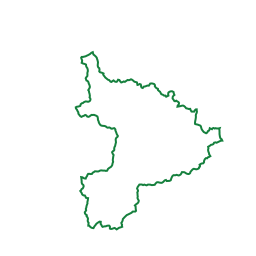 outline of Ouro Preto, Minas Gerais, Brazil, rotated 62°
{"feature_id": "56859067B58463943509301", "entity_name": "Ouro Preto", "entity_type": "district", "adm_level": 2, "iso_a3": "BRA", "parent_name": "Brazil", "parent_adm1": "Minas Gerais", "projection": "albers", "projection_center": [-43.625, -20.396], "detail": "fine", "context": "isolated", "style": "outline", "palette": "green", "viewbox_px": 256, "rotation_deg": 62, "n_neighbors": 0, "source": "geoboundaries", "source_scale": "gbopen_adm2", "svg_char_len": 5872}
<svg xmlns="http://www.w3.org/2000/svg" viewBox="0 0 256 256"><g transform="rotate(62 128 128)"><path d="M48.7,138.3L49.9,137.5L51.1,136.2L52.3,135.3L53.7,135.9L55.1,136.0L56.0,135.8L57.4,136.1L58.9,136.7L59.9,137.7L61.1,138.5L62.0,138.8L63.1,139.6L63.6,141.0L64.2,142.0L66.5,142.4L67.3,141.8L68.3,141.4L69.3,141.5L70.4,141.8L71.7,141.8L73.0,142.1L73.9,142.4L74.8,143.4L75.9,145.3L77.2,145.2L78.5,145.7L79.8,145.9L80.9,146.3L81.8,146.6L83.0,147.6L84.2,147.4L85.3,147.8L86.1,148.7L86.3,149.9L86.1,151.0L85.3,151.9L84.6,153.1L84.5,154.9L84.8,156.1L84.5,157.1L84.8,158.6L86.1,159.8L85.9,161.0L85.6,162.2L85.2,163.2L85.2,164.4L86.3,164.8L87.8,164.5L89.3,164.6L90.8,164.5L92.1,165.1L95.1,164.6L96.3,163.9L96.3,162.4L96.5,161.1L96.4,159.7L97.3,158.9L98.8,158.6L99.6,157.6L99.7,156.5L99.4,155.3L99.4,153.8L100.0,153.0L100.4,151.9L102.1,150.4L103.5,149.6L105.2,150.0L106.4,150.6L107.3,150.8L108.4,150.8L109.5,151.2L111.9,151.1L113.3,150.5L114.3,149.2L115.1,147.9L116.1,146.9L117.3,146.5L118.2,145.8L118.7,144.3L119.7,143.5L120.7,143.1L121.2,142.2L121.4,141.0L121.8,140.1L123.3,139.8L124.3,140.3L125.8,140.4L128.2,140.8L130.3,140.7L130.9,141.5L131.1,142.7L131.6,143.6L132.4,144.3L135.1,145.4L135.9,146.2L137.9,147.9L138.6,149.0L139.6,149.8L140.9,150.4L141.4,151.3L141.4,152.3L141.9,153.4L143.5,153.6L145.1,153.4L146.1,154.3L148.7,156.2L149.9,156.8L150.9,157.0L151.9,158.2L153.2,159.2L153.8,160.1L154.3,161.2L154.5,163.6L154.8,165.0L155.9,166.4L155.5,167.7L154.8,168.4L153.6,170.5L152.8,171.6L152.5,172.7L152.5,174.4L151.9,175.7L151.3,176.5L150.7,177.6L150.9,178.8L150.9,180.2L151.6,181.3L151.2,182.5L150.4,183.5L149.8,184.7L150.5,186.0L151.2,186.7L151.9,188.1L152.8,189.1L152.1,190.1L151.3,190.8L150.2,191.3L149.4,192.4L150.9,192.9L152.0,193.4L153.1,193.8L154.1,194.4L155.2,194.7L156.2,194.7L157.2,194.2L158.5,194.4L159.4,195.3L160.1,196.3L160.2,197.7L160.9,198.6L161.2,199.7L163.7,199.4L164.6,199.6L165.6,199.5L166.7,198.8L167.3,197.8L168.5,197.7L169.8,197.9L170.6,197.1L171.2,196.2L173.3,197.7L174.4,198.7L175.6,199.2L176.6,200.4L177.6,201.4L178.6,202.1L179.7,203.3L180.9,203.5L181.5,204.4L182.1,205.7L183.2,206.1L184.5,205.9L185.7,205.3L186.5,206.0L188.0,205.7L189.5,206.0L190.2,206.6L191.1,207.2L192.1,207.4L193.3,207.3L194.4,208.2L195.6,208.9L196.1,208.0L197.1,207.9L198.2,207.5L199.4,206.6L200.2,205.5L199.3,204.2L198.7,203.0L198.3,201.9L197.8,201.1L197.5,199.6L197.4,198.5L197.3,197.1L198.0,196.1L199.8,197.2L200.7,197.0L202.0,197.1L203.3,196.9L203.9,194.7L204.4,193.8L204.4,192.8L204.7,191.8L205.3,190.5L206.4,190.2L208.3,191.2L209.2,190.4L209.6,189.1L209.7,188.0L210.0,186.7L212.2,185.6L211.9,182.7L212.3,181.0L212.5,179.5L211.3,179.2L210.5,178.6L209.5,178.7L208.6,178.4L208.1,177.3L207.1,176.1L206.0,175.3L205.6,174.2L205.2,173.1L204.3,170.0L204.4,168.7L204.5,164.6L204.0,163.2L204.5,162.1L205.2,160.8L204.9,159.8L202.9,159.1L200.8,158.1L199.6,158.3L199.1,156.4L199.0,155.2L198.7,154.2L198.1,153.3L197.2,152.6L194.7,152.6L193.8,152.2L193.0,151.5L191.8,151.1L190.6,150.5L189.2,150.0L188.6,149.0L187.8,148.5L185.7,148.4L184.6,147.1L183.3,144.5L183.9,143.3L184.4,142.3L185.5,141.5L185.6,140.2L186.5,139.4L187.4,138.4L187.3,137.1L187.8,136.1L188.5,134.9L189.4,134.1L190.0,132.9L190.7,131.1L190.0,129.8L189.5,128.2L189.9,127.0L191.5,125.2L192.3,123.9L192.2,122.4L191.5,120.2L191.7,118.9L193.0,118.7L194.2,116.1L194.2,114.8L193.0,113.6L192.0,112.4L191.3,111.3L191.0,110.0L191.9,108.5L192.2,107.0L193.0,106.3L193.8,105.4L193.8,103.5L193.2,102.3L192.3,101.1L192.8,100.1L193.6,98.9L195.6,97.8L196.4,97.1L197.1,96.1L197.2,95.2L196.9,94.2L196.0,93.4L195.0,90.7L194.8,89.4L195.4,88.4L196.1,87.7L196.7,86.8L196.9,85.6L196.9,84.4L196.1,83.8L195.9,82.7L195.1,82.1L194.1,82.1L193.9,81.2L193.9,79.8L194.5,78.1L193.9,76.9L193.0,76.5L192.2,75.6L191.6,74.8L191.2,73.3L191.9,72.3L191.4,71.3L191.6,69.9L191.5,68.5L189.3,68.7L188.4,68.3L187.3,68.2L185.7,67.9L184.5,67.3L183.7,66.5L182.2,66.1L182.1,63.9L181.8,62.6L182.2,61.5L182.3,60.2L181.4,58.9L181.8,57.4L182.6,56.7L182.8,52.0L183.4,50.7L181.9,50.6L180.7,51.2L179.7,51.1L178.8,50.9L176.2,50.0L175.2,49.4L174.3,49.0L173.4,48.5L172.0,48.0L171.2,47.1L170.8,48.6L170.0,50.0L169.3,50.7L169.2,51.7L168.2,52.4L168.0,53.5L168.5,54.4L167.7,55.1L166.6,55.9L167.6,56.8L168.3,57.6L168.3,59.0L169.2,60.1L169.3,61.5L167.1,63.0L165.1,63.4L163.3,63.5L160.8,62.9L159.9,63.0L157.8,64.8L156.1,66.8L155.1,66.6L153.3,65.3L152.5,64.6L150.8,63.3L149.8,62.7L148.8,62.3L147.8,61.5L147.0,60.4L146.0,59.5L144.8,59.1L143.8,58.6L143.4,59.5L143.8,60.8L144.6,61.9L143.3,64.2L141.7,64.3L140.3,64.1L139.7,65.5L138.8,66.3L137.9,67.4L136.2,67.7L134.9,68.2L134.0,68.9L133.6,70.0L133.3,71.4L132.4,74.3L131.5,73.6L131.0,72.1L129.9,71.2L128.7,71.3L127.7,72.0L126.5,72.6L126.5,73.9L125.7,74.5L124.4,74.5L122.9,74.8L121.6,74.0L120.8,72.7L120.6,71.5L119.2,71.4L117.6,70.9L116.2,71.9L115.6,73.4L115.5,74.6L115.7,75.7L117.0,76.7L118.4,77.1L118.3,79.6L117.0,79.7L116.4,80.9L115.0,81.6L113.8,82.7L111.0,82.7L110.0,83.2L108.6,83.7L107.4,83.2L106.6,83.9L105.3,84.5L103.7,84.7L102.9,84.1L101.6,84.2L100.6,85.1L99.8,86.1L99.2,87.5L100.4,89.7L99.6,91.1L99.4,93.2L98.9,94.6L99.6,96.2L98.7,97.0L97.6,97.0L96.7,96.5L95.5,96.3L94.6,97.1L94.7,98.3L94.4,99.4L92.0,98.7L91.1,99.5L90.2,100.6L88.5,101.2L87.1,101.9L86.4,102.5L86.4,103.8L86.2,104.8L85.4,105.8L85.8,109.1L84.9,109.9L84.9,111.2L84.6,112.6L83.3,113.0L81.6,113.1L80.7,114.1L81.5,115.3L81.9,116.3L81.4,117.2L80.5,118.0L79.2,118.4L79.2,119.7L79.6,120.9L78.9,121.7L76.9,122.1L76.0,123.0L73.6,124.0L72.7,124.4L71.5,124.5L70.2,124.8L69.1,124.8L68.4,124.0L67.5,124.6L65.5,126.6L64.5,126.8L63.2,125.8L61.7,125.3L60.6,125.8L59.5,125.7L58.4,125.3L55.8,123.6L53.4,123.0L52.4,122.9L51.2,122.6L49.7,122.9L48.0,123.5L47.0,124.0L45.9,123.9L44.5,123.5L44.4,125.0L44.8,126.6L44.9,128.0L44.9,129.2L44.8,130.5L44.8,131.7L44.1,134.4L43.5,135.5L44.0,136.4L45.4,136.6L46.9,136.8L47.9,137.5L48.7,138.3Z" fill="none" stroke="#15803d" stroke-width="2"/></g></svg>